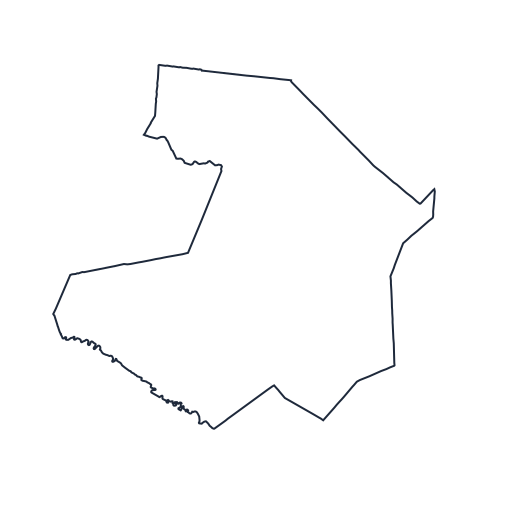 San Pedro Carchá, Alta Verapaz, Guatemala (Robinson projection), rotated 201°
{"feature_id": "79465075B56532928318150", "entity_name": "San Pedro Carchá", "entity_type": "district", "adm_level": 2, "iso_a3": "GTM", "parent_name": "Guatemala", "parent_adm1": "Alta Verapaz", "projection": "robinson", "projection_center": [-90.098, 15.577], "detail": "fine", "context": "isolated", "style": "outline", "palette": "slate", "viewbox_px": 512, "rotation_deg": 201, "n_neighbors": 0, "source": "geoboundaries", "source_scale": "gbopen_adm2", "svg_char_len": 5997}
<svg xmlns="http://www.w3.org/2000/svg" viewBox="0 0 512 512"><g transform="rotate(201 256 256)"><path d="M424.5,129.2L423.3,128.3L422.9,128.2L417.0,120.8L416.0,119.4L415.6,119.1L413.2,116.1L411.5,114.2L410.1,113.3L410.1,112.7L409.3,112.2L407.6,110.5L407.0,109.9L406.4,109.9L405.8,110.3L405.6,110.7L405.1,111.8L404.5,112.1L404.0,111.8L403.9,111.4L403.9,110.7L403.7,110.0L403.1,109.8L401.6,110.3L401.2,110.5L399.4,113.1L398.7,113.6L398.1,113.9L397.7,114.4L397.1,115.3L396.6,115.4L396.3,114.9L396.1,113.1L395.6,112.8L395.0,113.0L394.6,113.5L394.3,113.8L393.9,114.6L393.3,115.2L391.3,115.3L390.4,115.1L389.9,114.9L389.4,114.5L389.0,113.8L388.6,113.2L388.0,113.0L387.5,113.3L386.8,114.3L385.7,115.2L385.4,115.5L384.8,116.5L384.3,117.0L383.6,117.1L383.1,117.1L382.0,116.4L381.6,115.9L381.6,114.6L381.5,113.8L381.2,113.3L380.8,113.0L380.2,112.9L379.6,113.3L379.5,114.0L379.4,114.8L379.4,116.4L379.2,116.9L378.9,117.3L378.5,117.4L378.1,117.4L377.7,117.3L375.8,116.6L374.7,116.5L374.2,116.3L373.9,115.8L373.9,115.0L374.1,114.0L374.5,112.6L374.5,111.7L374.0,111.1L373.4,111.2L373.1,111.6L372.2,113.8L371.4,115.4L371.1,115.8L370.6,116.0L370.1,116.0L369.5,115.7L368.8,115.2L368.4,114.5L368.2,113.8L368.2,112.7L367.6,112.4L367.0,112.3L366.4,111.8L365.5,111.0L365.2,110.8L364.1,110.3L363.5,110.1L360.8,110.0L359.3,110.2L358.9,110.2L357.7,110.1L357.1,110.1L356.6,110.3L356.2,110.7L355.6,110.9L355.0,110.9L354.6,110.8L354.3,110.7L352.7,109.1L352.4,108.3L352.5,107.5L352.6,106.7L352.6,106.3L352.2,105.9L351.7,105.9L351.2,106.3L350.3,107.3L350.2,108.1L350.0,109.7L349.5,109.8L349.0,109.3L348.6,108.8L348.0,108.3L344.6,107.7L343.5,107.3L342.2,106.2L341.8,105.9L338.3,104.8L333.1,103.4L332.0,103.5L331.3,103.3L331.0,102.9L330.4,102.7L327.9,102.5L327.4,102.3L327.0,102.1L326.5,101.9L325.5,101.9L325.0,101.7L323.8,101.1L323.3,101.1L322.0,101.3L320.4,101.2L319.6,101.3L319.2,101.2L318.9,101.0L318.8,99.8L318.6,99.2L318.0,99.0L317.1,98.9L316.1,99.1L315.0,99.3L313.2,99.5L312.3,99.1L310.4,99.0L309.4,98.7L307.8,98.4L307.5,97.8L307.5,96.7L307.3,95.9L306.7,95.6L304.3,95.5L303.3,96.0L302.7,96.0L302.2,95.8L301.9,95.5L301.9,95.0L302.3,94.7L303.8,94.0L304.8,93.4L305.1,93.0L305.2,92.4L305.2,91.7L305.0,91.3L304.6,91.1L304.1,91.0L296.9,89.9L296.2,89.7L295.4,89.7L294.6,91.0L294.1,91.6L293.6,91.9L293.1,91.7L292.7,90.9L292.6,90.2L292.4,89.7L292.1,89.3L291.7,89.1L291.0,89.0L288.4,88.8L288.0,88.7L287.6,88.1L287.2,87.7L286.8,87.3L286.2,87.3L285.6,87.6L285.7,88.2L286.6,89.3L286.9,89.7L286.5,90.1L285.8,89.9L285.3,89.5L284.8,89.3L283.7,89.4L283.0,89.8L282.4,90.3L281.8,90.4L281.6,90.0L281.4,89.3L281.1,88.7L280.6,88.6L280.2,88.2L279.8,87.3L279.2,86.9L278.5,87.0L278.1,87.2L277.6,87.5L277.3,87.8L277.1,88.7L277.2,89.3L277.9,89.4L278.5,89.5L279.3,89.6L279.5,90.0L279.3,90.5L277.4,91.3L277.0,91.1L276.2,90.4L275.6,90.3L275.0,91.4L274.7,91.8L274.4,92.0L273.6,92.2L273.1,92.1L272.7,91.6L273.1,91.2L273.3,90.6L273.1,90.2L272.6,89.6L272.1,88.5L273.2,86.8L273.8,86.1L273.7,85.5L273.2,85.2L271.7,85.0L271.0,84.9L270.8,85.5L270.6,89.3L270.2,89.8L269.6,89.6L269.3,88.9L269.1,88.1L268.8,87.6L268.3,87.3L267.5,87.1L266.8,87.0L266.5,86.6L266.2,86.1L265.8,85.9L265.5,86.3L265.5,87.0L265.4,87.9L265.0,88.0L264.6,87.9L264.0,87.4L264.4,86.1L263.9,85.8L263.3,85.9L262.7,85.7L262.2,85.5L261.8,85.3L261.1,85.3L260.6,85.5L260.2,85.8L260.0,86.2L259.7,87.8L259.2,87.8L258.7,87.9L258.3,88.3L257.7,88.8L257.1,89.1L256.4,89.2L255.8,89.1L255.2,88.9L253.8,87.9L251.5,85.8L250.5,83.8L249.7,82.1L249.5,81.1L249.6,80.0L249.4,79.6L249.0,79.4L246.6,80.0L246.1,81.1L245.1,82.6L244.0,83.5L243.3,83.7L240.5,82.4L238.4,80.9L236.5,80.3L235.2,79.7L233.8,79.6L233.0,79.9L226.5,89.8L225.4,91.5L224.0,94.0L220.8,98.9L197.0,135.7L194.1,140.0L192.7,141.7L190.1,140.3L186.9,138.7L185.8,138.0L178.2,133.8L146.3,128.9L139.0,127.7L137.4,127.5L134.4,126.7L128.5,142.5L127.3,146.1L125.8,150.0L124.7,152.7L123.5,155.9L119.1,168.6L118.3,170.6L116.8,174.8L114.6,177.4L113.2,178.7L107.0,184.4L97.9,193.5L93.8,197.1L90.9,200.1L87.6,203.1L87.5,203.6L88.6,205.8L96.1,223.9L98.2,228.2L103.8,241.0L104.6,242.7L106.0,246.4L108.3,251.4L109.3,253.9L110.8,257.1L113.1,262.7L117.1,271.9L120.3,278.9L121.2,281.3L123.2,285.2L123.0,293.8L123.2,297.5L123.2,320.0L123.1,320.9L122.5,321.9L120.5,325.7L118.2,330.6L114.6,336.7L107.4,350.4L105.1,354.2L104.7,355.0L104.8,356.2L105.4,358.2L106.6,361.1L110.1,373.6L110.8,375.5L112.2,380.3L113.5,382.3L114.1,381.2L121.2,363.9L121.9,363.5L125.5,364.5L131.0,366.7L138.5,368.9L150.2,373.2L154.0,374.1L167.1,378.9L177.3,382.0L179.1,382.7L185.0,385.6L196.2,390.6L198.3,391.7L206.0,395.0L215.9,399.6L221.8,402.2L238.7,410.0L246.2,413.6L252.1,416.2L256.0,417.8L270.4,424.3L273.3,425.7L280.3,428.9L284.9,431.0L286.0,431.8L286.2,432.6L288.6,432.0L296.6,429.8L303.5,428.2L306.7,427.2L322.2,423.1L329.5,421.0L372.3,409.9L373.0,409.6L373.7,410.3L375.4,410.2L376.1,409.6L381.7,408.5L382.4,408.0L383.7,407.6L388.2,406.8L392.0,405.5L394.6,405.2L395.3,404.6L401.1,403.4L401.6,403.0L407.2,401.9L408.7,401.1L414.9,399.7L415.3,399.0L415.2,398.5L414.9,398.0L411.1,386.3L410.1,381.9L409.0,379.6L407.7,373.6L406.6,371.6L405.8,368.4L405.8,367.0L404.6,364.5L404.1,362.2L401.4,353.7L400.5,350.6L402.0,342.8L401.8,342.3L403.1,335.4L403.5,331.1L404.1,329.0L401.5,328.9L401.2,329.2L398.6,329.1L390.4,330.1L387.4,333.1L384.8,334.2L383.9,334.2L382.5,333.7L380.8,332.1L380.3,332.1L378.8,330.8L373.1,324.9L371.4,324.3L365.3,318.4L363.7,318.8L361.5,319.9L359.9,319.9L357.6,319.0L356.0,317.4L350.7,317.7L349.6,317.8L348.2,319.0L347.5,321.8L346.9,322.4L345.6,322.4L342.8,321.5L341.6,321.6L340.7,322.2L338.0,323.8L336.6,324.1L334.9,325.7L334.6,326.3L334.6,326.9L333.2,328.1L326.7,326.0L324.8,326.9L323.7,327.9L321.2,328.3L319.9,327.3L319.8,324.7L318.7,322.9L319.6,269.8L320.6,234.6L325.3,231.3L339.1,223.0L341.5,221.5L344.4,219.6L348.5,217.2L352.6,214.5L360.3,209.7L363.2,208.0L370.4,203.5L373.1,202.1L376.4,201.2L383.7,196.3L410.7,179.3L412.4,178.8L415.7,176.0L416.7,175.8L417.9,174.6L421.1,173.0L422.6,171.7L424.0,134.9L424.5,129.2Z" fill="none" stroke="#1e293b" stroke-width="2"/></g></svg>